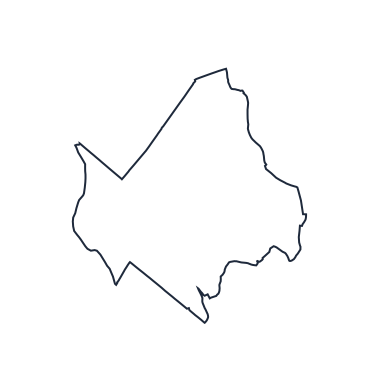 outline of Nicolae Balcescu, Calarasi, Romania, rotated 306°
{"feature_id": "2599482B57162776684646", "entity_name": "Nicolae Balcescu", "entity_type": "district", "adm_level": 2, "iso_a3": "ROU", "parent_name": "Romania", "parent_adm1": "Calarasi", "projection": "orthographic", "projection_center": [26.755, 44.444], "detail": "fine", "context": "isolated", "style": "outline", "palette": "slate", "viewbox_px": 384, "rotation_deg": 306, "n_neighbors": 0, "source": "geoboundaries", "source_scale": "gbopen_adm2", "svg_char_len": 4442}
<svg xmlns="http://www.w3.org/2000/svg" viewBox="0 0 384 384"><g transform="rotate(306 192 192)"><path d="M241.0,297.4L240.0,295.9L239.3,294.9L249.2,285.1L255.2,277.7L257.6,274.6L257.5,273.4L256.8,271.6L255.6,268.2L254.3,263.2L254.2,261.8L253.4,256.5L253.0,251.7L253.8,245.0L254.1,238.4L256.0,235.7L256.8,235.9L257.8,236.0L258.1,235.2L258.6,233.6L259.9,232.0L261.6,230.5L263.4,228.9L264.6,227.6L265.9,226.3L266.2,225.9L266.7,225.2L267.8,223.1L268.4,221.8L268.6,221.3L269.1,219.7L269.1,219.4L269.4,215.8L269.5,214.5L269.9,211.9L270.0,211.1L270.1,210.3L270.5,208.8L270.9,207.7L271.3,207.0L272.1,205.4L272.8,204.3L273.9,202.6L274.2,202.3L274.8,201.5L275.2,201.0L275.7,200.4L276.2,199.9L279.8,197.8L280.2,197.4L281.9,195.7L282.2,195.5L283.9,194.0L287.6,191.2L291.3,188.5L293.2,187.4L294.9,186.4L297.0,185.1L298.2,183.9L301.2,180.5L301.5,179.8L302.0,178.0L302.1,176.5L302.2,176.0L302.2,175.7L302.8,175.6L303.1,174.8L303.4,174.0L303.7,173.2L303.0,172.3L302.4,171.9L302.1,170.8L301.9,170.0L301.2,168.5L300.8,167.4L300.7,167.1L300.3,166.2L299.9,165.6L299.4,164.8L298.7,163.4L299.1,161.9L299.8,160.6L300.2,160.0L301.0,158.7L301.7,157.4L302.2,156.7L302.7,156.2L303.6,155.6L304.1,155.1L305.0,153.8L305.7,153.1L306.4,152.5L309.4,149.9L311.7,147.1L309.8,145.6L305.5,142.4L302.3,140.2L299.3,138.1L291.8,133.0L288.4,130.7L286.4,129.4L286.0,129.1L285.0,128.7L284.4,128.4L283.5,129.5L282.7,129.5L281.6,129.3L280.8,129.2L280.5,129.2L279.8,129.5L279.1,129.5L272.2,129.6L265.0,129.8L257.4,129.8L247.0,129.9L227.9,130.1L227.3,129.9L225.8,129.9L225.0,130.2L219.2,130.2L217.5,130.3L208.2,130.4L203.6,130.5L198.8,130.5L198.0,130.5L197.1,130.4L179.3,129.1L172.4,128.5L171.5,128.6L170.2,128.5L165.6,128.2L161.1,127.8L161.2,127.3L161.3,126.0L162.3,112.1L162.5,109.6L162.8,105.8L163.1,101.8L163.4,98.5L163.7,94.3L164.0,90.7L164.2,87.2L164.4,84.9L164.7,80.4L165.1,75.6L165.2,74.4L165.2,74.0L165.3,73.5L165.3,72.6L165.0,72.9L164.5,72.9L163.9,72.8L163.2,72.0L162.8,71.3L162.5,71.0L161.1,70.1L160.7,70.9L160.4,71.6L159.9,72.5L159.4,73.3L157.1,76.7L155.0,81.8L153.1,86.2L151.7,89.2L148.9,91.2L146.1,93.3L143.5,95.6L140.5,97.8L137.3,99.9L132.5,102.7L127.4,105.4L125.4,105.9L123.6,105.8L119.2,105.4L116.8,106.0L111.0,108.0L106.2,110.0L101.5,110.9L98.1,112.9L94.3,116.1L91.2,119.6L89.8,124.3L89.1,127.1L88.1,130.2L86.7,134.0L85.4,137.6L84.6,140.8L85.1,144.7L87.8,147.4L88.6,149.6L87.5,154.7L84.2,162.7L82.4,166.7L81.5,170.5L79.0,174.6L77.1,177.8L73.6,182.2L72.5,183.6L72.4,184.4L72.3,185.2L74.6,185.0L74.8,184.6L75.5,184.6L77.0,184.7L78.2,184.6L78.7,184.5L80.1,184.4L87.4,183.6L88.3,183.5L89.7,183.3L91.9,183.2L93.6,183.1L94.8,183.0L97.8,182.9L98.8,183.0L98.8,183.6L98.7,186.0L98.4,191.1L98.2,195.2L98.0,200.0L97.7,205.3L97.6,208.4L97.3,212.8L97.1,216.6L96.8,221.7L96.7,223.5L96.2,228.6L96.1,231.0L95.9,234.2L95.8,236.4L95.7,238.1L95.5,240.6L95.2,246.6L94.6,256.5L96.2,257.7L94.9,259.4L94.7,261.8L94.4,265.9L94.3,266.7L94.2,270.3L94.1,272.2L94.0,273.7L94.0,274.4L93.8,276.3L93.6,279.1L93.8,279.2L94.7,279.3L96.4,279.4L97.7,279.3L98.8,279.0L99.8,278.8L100.4,278.5L101.4,277.6L102.0,276.9L102.5,276.3L102.9,275.5L103.2,275.0L104.1,273.4L104.9,272.0L105.5,270.6L107.2,267.9L108.5,265.8L109.0,265.2L109.6,264.6L112.4,262.7L113.7,260.7L115.1,258.1L116.5,255.3L117.6,253.5L117.6,254.1L117.2,255.4L116.5,257.7L116.1,259.8L115.4,261.8L115.5,263.2L118.4,264.8L116.4,268.9L117.6,269.4L122.2,272.7L123.8,272.7L125.2,273.1L126.7,272.8L128.1,272.3L130.4,270.9L132.6,269.0L133.3,268.6L136.6,267.7L138.3,266.6L140.5,264.9L143.1,265.4L145.8,265.3L147.3,264.8L148.5,264.1L151.7,263.3L154.3,263.4L156.8,263.3L157.9,264.0L160.8,266.8L162.1,268.7L164.0,273.3L166.5,277.5L167.3,279.2L167.6,280.6L167.9,281.6L168.1,282.5L168.8,284.2L169.8,286.1L170.4,287.1L171.3,287.1L172.4,287.1L173.3,286.9L173.7,286.4L174.3,285.4L174.7,285.6L174.8,286.2L174.7,286.6L174.8,287.0L175.0,287.2L175.2,287.6L175.5,287.8L178.0,288.6L179.3,288.7L180.1,287.9L180.6,288.0L181.0,288.1L183.2,288.6L188.9,289.8L192.3,288.5L196.1,289.9L196.5,291.0L196.9,293.0L196.9,298.7L196.9,300.3L197.1,301.4L197.4,302.8L197.3,304.0L196.3,306.7L195.0,309.0L194.3,309.9L193.6,311.0L193.7,311.7L194.2,312.3L195.2,313.0L197.6,313.9L200.0,313.9L201.8,313.6L204.3,313.8L209.2,313.5L211.5,311.9L212.2,310.8L214.1,308.4L215.4,307.3L218.3,304.9L223.8,301.8L228.2,299.1L229.2,300.9L231.1,300.4L232.4,300.4L233.4,300.4L234.2,300.3L235.5,300.2L236.6,300.0L238.1,299.3L239.6,298.4L241.0,297.4Z" fill="none" stroke="#1e293b" stroke-width="2"/></g></svg>